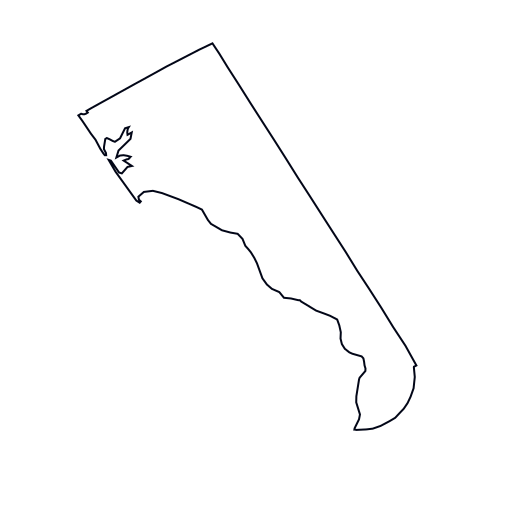 map outline of Delaware (Mercator projection), rotated 151°
{"feature_id": "USA-3555", "entity_name": "Delaware", "entity_type": "State", "adm_level": 1, "iso_a3": "USA", "parent_name": "United States of America", "parent_adm1": "", "projection": "mercator", "projection_center": [-75.371, 39.146], "detail": "fine", "context": "isolated", "style": "outline", "palette": "ink", "viewbox_px": 512, "rotation_deg": 151, "n_neighbors": 0, "source": "natural_earth", "source_scale": "10m", "svg_char_len": 1988}
<svg xmlns="http://www.w3.org/2000/svg" viewBox="0 0 512 512"><g transform="rotate(151 256 256)"><path d="M339.9,465.1L338.8,464.0L337.5,463.2L335.8,462.9L333.6,463.0L333.9,465.1L328.0,465.2L315.3,465.2L297.1,465.2L278.8,465.2L260.6,465.1L242.3,465.1L223.4,464.5L205.9,464.0L191.0,463.1L190.0,450.8L189.3,434.9L188.0,414.9L186.7,391.9L185.3,370.0L183.9,348.8L182.6,327.0L181.4,304.3L179.9,282.5L178.5,260.2L177.0,237.0L175.6,216.0L174.6,193.8L173.0,172.9L171.5,149.8L170.5,127.3L168.8,105.0L168.8,82.5L169.7,82.5L171.5,82.6L171.9,82.1L175.8,73.2L182.3,63.9L189.0,58.0L194.7,53.9L200.8,50.8L205.9,49.2L212.7,47.0L219.3,46.8L229.5,47.0L237.6,48.4L243.5,50.8L249.0,53.5L252.5,55.2L253.9,56.4L254.1,56.5L253.3,57.5L245.1,63.2L241.9,67.0L239.3,79.4L236.2,84.7L225.7,98.1L224.4,99.3L216.1,102.4L214.8,104.5L214.1,107.7L212.7,111.2L211.7,114.4L212.3,117.0L219.1,123.8L221.1,126.5L223.3,131.8L223.6,137.3L222.1,142.8L218.8,148.2L216.8,154.9L215.8,161.1L220.3,167.9L224.0,172.3L229.9,179.1L238.6,194.3L239.1,196.1L240.5,196.9L246.0,201.9L251.8,205.9L253.1,213.1L258.0,219.5L260.3,225.8L261.2,233.3L258.7,249.1L258.4,255.2L258.7,261.7L259.4,265.7L260.4,270.1L259.5,277.5L261.3,284.3L267.0,288.9L273.3,295.0L279.8,305.9L280.6,310.7L280.7,316.3L280.8,322.8L284.0,327.3L296.3,343.3L307.7,356.6L314.6,363.0L323.0,366.4L330.1,364.9L331.1,362.0L330.3,359.6L331.9,359.0L333.8,362.5L338.0,397.9L338.3,411.5L336.7,409.8L335.3,395.4L333.3,393.3L325.2,396.2L320.9,394.9L325.5,403.6L322.1,403.2L320.9,402.7L319.4,402.8L319.0,403.3L318.4,403.4L317.6,403.6L320.1,406.1L323.0,408.4L326.3,409.8L330.4,409.8L325.1,414.9L309.0,419.3L304.8,424.3L309.6,424.3L308.7,426.5L307.5,428.2L306.2,429.6L304.8,430.4L308.6,431.2L317.9,424.8L324.0,424.3L325.5,426.0L327.4,429.0L329.3,431.5L331.1,431.4L335.9,425.3L337.2,423.2L337.3,418.8L338.2,416.8L339.4,417.5L339.8,419.8L340.2,425.3L340.0,435.5L341.1,443.1L341.8,451.6L342.4,458.5L343.2,465.1L340.0,465.2L339.9,465.1Z" fill="none" stroke="#020617" stroke-width="2"/></g></svg>